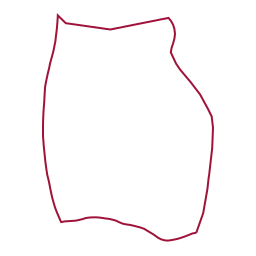 the district of Ataq, Shabwah, Yemen
{"feature_id": "15242507B5283160302008", "entity_name": "Ataq", "entity_type": "district", "adm_level": 2, "iso_a3": "YEM", "parent_name": "Yemen", "parent_adm1": "Shabwah", "projection": "equal_earth", "projection_center": [46.809, 14.569], "detail": "fine", "context": "isolated", "style": "outline", "palette": "rose", "viewbox_px": 256, "rotation_deg": 0, "n_neighbors": 0, "source": "geoboundaries", "source_scale": "gbopen_adm2", "svg_char_len": 1388}
<svg xmlns="http://www.w3.org/2000/svg" viewBox="0 0 256 256"><path d="M196.3,232.7L203.2,213.1L207.4,189.1L208.6,178.2L209.1,175.2L212.0,149.8L212.2,148.0L213.0,127.8L211.7,116.5L207.9,108.8L200.1,94.5L190.7,82.2L180.1,69.6L176.1,63.7L170.8,52.4L171.6,47.8L173.1,43.4L174.4,38.7L175.0,34.0L174.4,28.9L173.1,24.7L171.0,21.0L168.5,17.9L110.3,29.5L68.8,23.6L65.8,23.2L57.8,15.4L57.7,17.7L57.4,22.2L57.0,27.2L56.5,31.8L55.9,36.3L55.5,40.4L55.4,41.1L54.5,45.6L53.6,50.2L52.5,54.6L51.3,58.9L50.1,63.3L49.2,67.8L48.0,72.7L47.0,77.1L46.1,81.5L45.1,86.8L44.8,91.4L44.5,96.2L44.3,101.1L43.9,106.1L43.5,111.2L43.3,116.0L43.1,120.7L43.0,125.9L43.0,130.9L43.0,136.1L43.4,141.0L43.7,145.6L44.2,150.3L44.7,155.1L45.2,160.2L45.8,165.0L46.5,170.0L47.2,174.6L48.4,179.4L49.4,184.0L50.3,188.8L51.3,193.6L52.4,198.4L53.7,203.0L55.0,207.4L56.7,211.9L58.5,216.1L60.4,220.5L61.2,222.1L64.7,221.4L68.2,221.2L71.7,220.9L75.4,220.7L78.9,220.0L82.5,219.1L86.0,218.0L89.8,217.5L93.8,217.3L97.7,217.4L101.4,217.8L104.9,218.4L108.6,218.8L112.2,219.6L115.8,220.6L119.2,222.2L122.5,223.6L126.2,224.4L129.9,224.9L133.5,225.7L137.1,226.6L140.8,227.6L144.3,228.9L147.7,231.0L151.1,233.0L154.3,235.0L157.7,237.5L161.0,239.3L164.5,240.3L167.9,240.6L171.4,240.1L175.1,239.4L178.5,238.6L181.9,237.5L185.4,236.3L188.9,234.9L192.3,233.5L195.7,232.8L196.3,232.6L196.3,232.7Z" fill="none" stroke="#9f1239" stroke-width="2"/></svg>